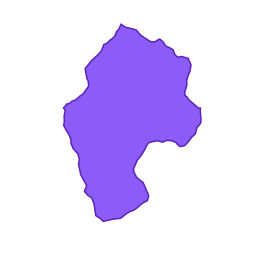 the district of Agdash District, Ağdaş, Azerbaijan, rotated 18°
{"feature_id": "54616110B75800990015815", "entity_name": "Agdash District", "entity_type": "district", "adm_level": 2, "iso_a3": "AZE", "parent_name": "Azerbaijan", "parent_adm1": "Ağdaş", "projection": "natural_earth1", "projection_center": [47.449, 40.556], "detail": "fine", "context": "isolated", "style": "filled", "palette": "violet", "viewbox_px": 256, "rotation_deg": 18, "n_neighbors": 0, "source": "geoboundaries", "source_scale": "gbopen_adm2", "svg_char_len": 1797}
<svg xmlns="http://www.w3.org/2000/svg" viewBox="0 0 256 256"><g transform="rotate(18 128 128)"><path d="M164.1,43.3L160.6,43.3L156.9,43.4L153.7,45.2L150.3,44.1L146.8,39.7L143.4,38.9L138.3,38.3L135.3,35.5L130.9,33.6L129.7,34.4L127.2,37.5L123.3,38.9L119.4,38.1L115.5,37.0L110.8,35.5L105.8,32.3L101.7,32.3L94.6,33.0L89.3,31.5L89.2,32.6L88.8,36.6L87.3,40.1L87.1,44.7L85.2,48.1L83.6,50.4L81.9,53.6L79.2,56.3L78.9,62.6L76.7,67.8L72.7,74.7L70.6,80.2L68.9,84.9L73.7,93.8L75.4,95.2L77.7,100.3L76.5,103.8L75.0,109.0L72.4,112.6L69.7,117.2L66.5,119.8L64.8,122.6L62.4,124.5L62.3,124.3L61.9,125.4L61.1,127.7L60.4,128.7L62.9,130.8L63.6,136.5L65.3,141.2L66.1,145.5L69.7,149.0L74.3,152.9L77.1,156.4L78.7,160.4L82.4,164.7L88.3,168.0L91.3,172.6L92.4,178.5L95.6,183.6L97.3,186.8L102.4,191.8L106.5,195.4L106.1,201.8L110.4,204.4L115.1,205.7L117.7,209.0L119.0,210.3L121.0,214.3L121.9,216.3L124.5,221.3L130.1,222.7L132.7,224.2L133.1,224.5L136.4,222.6L141.8,219.4L144.6,218.1L148.6,216.3L150.4,213.9L152.8,210.1L153.4,209.5L155.9,206.8L159.0,204.2L161.0,201.6L162.6,198.9L164.6,195.5L168.8,191.1L168.8,190.4L168.8,187.0L168.1,185.2L164.3,181.1L162.4,178.7L159.1,175.2L154.7,173.6L150.9,172.0L150.3,171.1L147.0,167.8L145.9,164.9L146.4,160.2L146.7,155.7L148.4,151.8L149.5,148.2L150.4,144.0L151.3,139.0L152.0,136.0L154.7,133.8L160.4,130.9L165.1,130.9L168.6,127.8L173.5,126.6L178.0,126.9L180.9,128.8L183.2,129.6L184.1,129.1L187.3,127.3L189.4,123.0L191.3,117.3L193.8,112.9L193.5,105.7L195.1,102.5L195.6,100.6L194.7,97.1L191.4,89.3L190.8,86.7L188.6,87.2L185.6,85.9L183.2,84.9L179.3,83.3L176.7,82.1L174.3,80.1L172.1,79.4L171.3,77.6L170.7,75.0L170.9,72.4L170.6,68.7L169.3,65.3L169.0,62.0L169.0,59.2L169.4,55.2L169.0,52.0L168.4,48.6L166.6,46.3L164.7,44.7L164.1,43.3Z" fill="#8b5cf6" stroke="#5b21b6" stroke-width="1.5"/></g></svg>